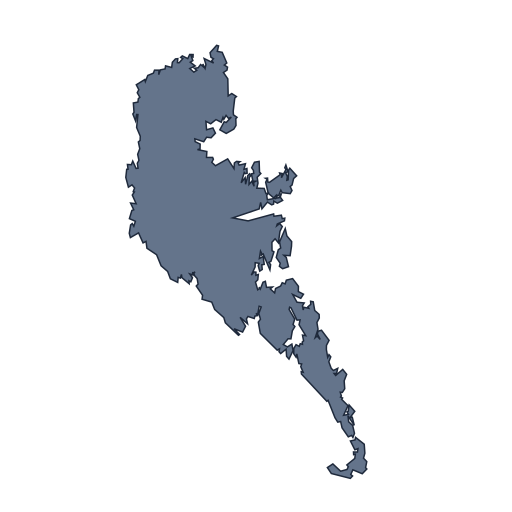 the district of Askøy nor, Hordaland, Norway, rotated 192°
{"feature_id": "86288312B29517582925264", "entity_name": "Askøy nor", "entity_type": "district", "adm_level": 2, "iso_a3": "NOR", "parent_name": "Norway", "parent_adm1": "Hordaland", "projection": "mercator", "projection_center": [5.11, 60.485], "detail": "fine", "context": "isolated", "style": "filled", "palette": "slate", "viewbox_px": 512, "rotation_deg": 192, "n_neighbors": 0, "source": "geoboundaries", "source_scale": "gbopen_adm2", "svg_char_len": 6130}
<svg xmlns="http://www.w3.org/2000/svg" viewBox="0 0 512 512"><g transform="rotate(192 256 256)"><path d="M128.1,98.3L125.2,100.4L123.5,98.7L122.8,103.0L126.2,110.3L130.9,113.1L132.8,118.8L124.7,110.8L128.3,118.3L130.4,117.5L127.1,124.6L133.9,129.6L133.5,123.2L134.6,122.4L132.6,120.3L137.2,118.4L134.9,128.7L142.4,133.6L141.8,135.1L144.0,135.6L143.4,136.9L145.3,140.3L143.2,140.5L141.6,144.6L143.8,152.2L142.7,159.1L147.6,163.1L153.2,155.7L155.2,157.3L152.8,157.8L152.7,163.1L156.5,160.1L159.1,161.8L162.8,167.7L161.9,172.9L164.1,174.7L164.8,171.8L167.7,179.1L168.5,183.2L167.0,188.7L176.5,197.0L179.7,195.3L179.7,192.5L175.8,187.7L179.6,190.4L181.1,188.4L180.1,197.3L182.6,203.6L181.2,208.5L182.1,212.0L187.2,214.9L190.5,223.1L193.2,223.1L192.4,220.1L194.7,217.1L193.5,215.8L198.5,215.8L198.6,213.0L200.2,216.9L199.1,220.1L206.3,219.3L212.1,226.0L203.4,223.9L201.6,228.5L207.2,230.0L208.2,235.2L215.5,241.5L221.3,238.7L221.7,234.8L224.8,235.3L225.7,231.7L230.1,228.3L230.1,223.8L235.2,226.8L233.4,229.1L239.2,227.5L241.6,233.2L243.7,231.8L244.9,224.5L246.6,226.3L245.7,225.1L247.3,223.3L251.1,230.4L249.3,233.1L249.9,238.4L252.1,237.1L252.7,240.2L254.6,240.0L256.6,236.3L254.6,245.1L255.4,249.3L251.4,249.5L251.9,247.0L249.2,242.0L247.1,244.1L248.5,248.6L246.2,249.5L248.9,257.0L252.2,254.2L252.6,261.7L250.5,259.1L251.4,257.4L249.4,259.5L239.5,245.3L239.9,250.6L242.1,252.5L240.3,253.8L239.3,263.8L241.4,264.5L243.3,272.7L240.9,276.8L236.8,273.5L237.7,285.0L236.4,290.3L239.6,292.7L242.0,289.8L241.8,291.8L235.5,296.3L235.7,299.0L238.1,298.0L239.7,301.2L246.7,298.6L247.5,300.8L271.0,288.7L286.8,288.4L262.7,302.7L262.6,309.4L260.0,303.4L256.0,311.1L251.3,309.3L249.6,310.4L250.0,313.4L246.1,312.1L241.5,315.9L244.2,318.4L256.6,313.4L258.1,317.4L257.3,320.0L259.2,319.1L262.1,323.8L269.3,322.5L269.2,327.7L271.2,333.3L268.4,337.7L270.0,338.8L272.6,349.2L277.0,347.4L278.6,341.4L276.3,339.2L275.4,336.3L277.6,335.4L274.5,328.5L271.8,329.1L273.7,327.4L272.3,323.8L275.7,328.2L277.7,324.6L278.9,331.5L278.0,333.1L279.4,335.0L280.7,333.1L281.1,324.0L282.9,330.4L285.7,324.5L284.9,335.3L283.7,334.3L281.9,335.1L283.1,339.7L285.8,338.2L285.5,344.1L291.4,341.4L292.8,343.3L291.3,344.9L294.7,344.5L296.5,342.5L295.7,336.9L303.9,345.1L314.4,335.9L318.7,338.4L317.8,341.8L318.9,343.4L324.9,342.1L325.8,348.0L335.4,347.9L333.0,349.1L333.9,353.9L339.3,355.2L340.2,357.9L330.9,356.9L329.0,361.9L324.5,362.3L321.2,367.7L324.8,372.3L330.6,369.2L333.0,377.3L327.8,375.9L323.5,381.1L317.8,379.6L317.1,384.7L315.9,383.0L314.5,387.3L311.5,384.9L309.0,386.7L312.9,380.4L315.0,380.7L317.6,371.9L310.6,369.7L304.1,375.5L302.7,379.5L304.3,386.1L303.4,387.7L307.4,389.4L308.4,393.0L309.6,406.1L308.3,407.9L313.5,409.9L316.5,406.8L320.4,423.4L326.0,428.7L323.0,431.8L323.1,434.8L326.7,436.2L324.7,438.7L331.4,448.2L336.4,448.1L336.3,453.7L338.3,453.9L343.2,445.3L341.4,441.0L338.6,440.1L339.9,437.8L337.6,435.9L347.8,438.4L344.8,432.9L344.8,428.9L347.9,432.8L346.8,430.1L350.0,431.8L351.7,428.1L355.3,426.8L352.6,425.3L355.0,422.9L359.8,425.6L355.0,429.3L360.6,431.9L358.4,434.0L361.0,438.2L359.0,437.6L359.4,440.0L362.8,439.3L363.8,434.9L369.7,436.4L371.0,434.6L368.6,433.8L371.4,429.0L373.1,428.8L373.5,432.8L375.8,432.0L378.1,428.1L377.7,422.9L384.0,423.2L383.8,420.1L388.2,418.2L388.9,413.1L389.5,417.6L393.9,416.7L394.4,413.5L399.4,410.1L400.5,403.6L401.5,405.5L408.7,398.6L405.2,394.3L406.1,391.0L402.6,387.1L403.8,385.5L403.5,382.0L407.8,380.2L405.2,371.2L406.0,369.3L401.9,363.1L402.2,369.6L400.9,369.8L399.5,356.9L394.1,349.1L393.4,344.9L394.8,343.1L392.0,336.8L392.9,330.9L390.4,325.2L391.4,322.0L389.6,317.4L391.5,316.7L396.3,323.2L396.9,319.4L400.8,318.8L399.2,314.3L400.5,313.9L399.7,305.8L395.1,296.8L392.1,299.8L388.9,297.3L389.5,293.4L388.3,293.3L389.7,289.9L384.1,282.2L389.7,281.7L385.2,275.8L386.9,274.7L387.6,266.2L381.2,264.9L381.7,259.7L383.8,262.0L385.1,260.3L384.7,251.9L382.7,247.9L375.7,254.2L369.2,245.3L366.6,247.4L364.3,240.9L353.5,236.6L346.8,226.7L339.2,222.5L335.0,215.9L327.1,213.9L327.7,218.9L325.4,218.7L325.1,222.5L324.0,219.4L315.6,215.0L316.4,217.8L314.4,217.2L313.6,221.5L317.1,224.7L314.3,224.4L314.5,227.2L313.6,225.1L313.3,226.7L312.3,227.9L313.2,226.4L312.2,224.1L308.9,221.7L306.8,216.5L308.2,214.2L300.1,206.5L299.8,202.5L289.7,201.7L285.3,195.1L274.7,189.1L272.1,184.3L256.7,174.8L255.8,175.8L262.3,180.3L253.3,178.8L251.6,185.1L258.8,192.7L250.2,188.0L252.3,192.5L251.3,195.2L244.7,194.5L244.6,197.0L242.4,197.9L244.0,200.0L242.2,199.1L242.5,207.5L240.3,207.2L241.3,200.3L238.5,195.1L240.0,191.8L235.7,181.2L215.7,168.3L213.7,170.1L213.6,167.2L211.6,165.7L207.2,171.1L205.2,164.2L202.3,162.0L200.1,171.2L202.6,177.3L206.4,173.6L210.9,175.1L207.4,181.7L204.6,182.2L204.9,190.4L203.3,195.1L205.5,196.7L205.0,202.3L212.5,210.6L212.5,212.9L211.0,212.6L202.6,201.8L199.6,202.7L199.6,197.7L190.8,188.4L194.1,188.3L191.8,182.9L192.9,181.4L192.2,179.3L194.5,179.4L194.9,176.6L198.4,177.6L199.8,173.4L198.8,168.3L195.8,165.4L195.7,168.7L191.7,159.7L188.9,159.9L189.2,157.0L185.7,152.1L187.7,152.2L187.0,150.0L156.5,128.6L155.5,129.8L145.1,114.2L141.5,110.5L138.8,111.7L136.1,105.8L128.1,98.3ZM117.5,58.1L115.8,60.9L117.9,62.0L116.8,67.0L106.8,65.1L103.3,70.7L104.8,71.7L104.9,77.9L108.8,80.6L108.5,85.7L111.0,94.4L120.9,99.3L120.9,96.7L125.2,94.7L119.0,87.0L116.2,88.8L116.0,85.3L119.9,84.6L119.2,82.0L117.6,82.8L117.3,78.5L123.7,70.5L121.9,69.1L122.6,66.1L128.5,63.1L137.6,68.6L142.2,63.9L137.1,58.9L117.5,58.1ZM257.1,319.9L250.7,316.5L248.9,319.5L248.3,317.3L247.4,319.9L244.4,319.3L244.2,321.9L246.1,321.4L245.4,325.5L243.6,323.4L235.5,324.1L234.4,327.5L237.0,331.1L235.5,332.9L235.3,339.6L232.9,342.9L241.2,348.9L242.0,346.7L240.4,337.2L241.6,336.5L241.8,340.1L244.4,343.7L242.2,345.1L245.7,351.2L246.2,348.3L244.7,346.8L247.4,337.8L247.6,342.1L250.2,342.1L249.3,340.5L258.2,330.8L259.8,330.8L260.9,334.6L262.8,334.0L261.0,333.4L261.9,330.2L257.1,319.9ZM227.3,249.1L222.0,252.3L226.1,260.9L228.9,262.5L222.7,263.4L223.3,272.9L224.1,277.5L230.0,282.1L233.1,288.9L235.9,274.6L233.5,268.9L235.5,266.7L235.9,258.8L230.8,253.9L231.0,250.8L227.3,249.1Z" fill="#64748b" stroke="#1e293b" stroke-width="1.5"/></g></svg>